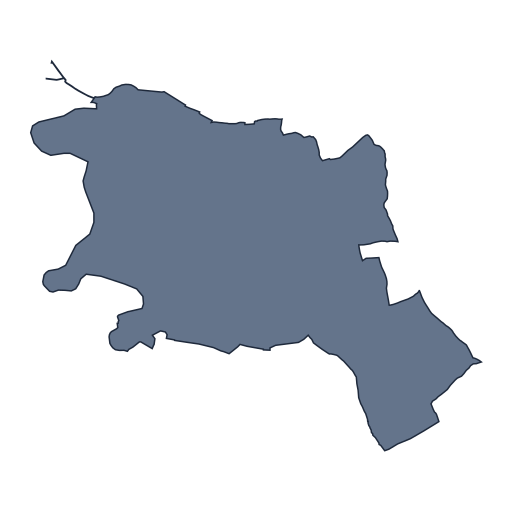 outline of Radesti, Alba, Romania
{"feature_id": "2599482B76876393099506", "entity_name": "Radesti", "entity_type": "district", "adm_level": 2, "iso_a3": "ROU", "parent_name": "Romania", "parent_adm1": "Alba", "projection": "natural_earth1", "projection_center": [23.757, 46.248], "detail": "fine", "context": "isolated", "style": "filled", "palette": "slate", "viewbox_px": 512, "rotation_deg": 0, "n_neighbors": 0, "source": "geoboundaries", "source_scale": "gbopen_adm2", "svg_char_len": 5892}
<svg xmlns="http://www.w3.org/2000/svg" viewBox="0 0 512 512"><path d="M410.3,438.7L423.8,430.9L438.9,421.6L437.4,417.0L436.4,414.2L435.6,413.0L434.5,412.1L433.1,409.1L432.4,407.3L431.0,403.8L431.9,402.3L432.4,401.2L436.0,398.9L438.2,396.6L441.4,394.3L447.3,389.5L450.4,385.2L455.2,380.0L457.3,378.1L461.5,376.2L463.8,373.7L466.3,370.3L468.9,368.1L470.6,365.6L473.4,363.8L476.2,363.7L481.3,362.0L479.3,360.5L476.9,359.2L474.8,358.3L472.9,357.8L470.5,352.7L469.0,349.7L467.9,347.8L466.4,345.0L465.4,344.2L462.3,342.0L461.1,341.0L460.0,340.4L459.2,339.6L458.3,338.8L455.8,336.1L455.2,335.3L454.5,334.3L453.8,333.4L453.4,332.9L452.6,331.4L451.7,330.2L450.7,329.2L449.3,327.9L448.2,327.0L447.3,326.4L446.2,325.8L445.5,325.2L443.5,323.4L443.1,323.0L441.2,321.7L439.5,320.2L437.4,318.3L434.6,316.0L431.6,313.4L429.9,311.1L428.2,308.3L426.2,305.2L424.4,302.3L421.9,297.2L420.9,294.5L419.9,291.8L419.4,290.6L419.2,290.6L418.8,291.4L418.2,292.2L417.3,293.2L416.3,293.7L414.9,294.8L413.9,295.8L413.3,296.3L408.1,299.0L400.5,301.7L397.5,303.0L393.4,304.4L390.0,305.2L389.2,305.2L388.4,300.2L386.9,292.1L386.4,288.2L387.0,284.2L386.9,281.5L386.4,278.6L385.2,274.9L384.3,272.7L381.6,267.1L379.7,261.0L378.9,257.6L371.1,258.1L366.1,258.3L362.5,260.7L360.1,252.9L359.6,250.4L358.9,246.2L358.8,244.9L360.8,244.9L363.8,244.8L370.3,243.8L372.7,242.9L375.5,242.2L377.9,241.7L381.4,241.1L385.0,241.2L387.0,241.7L390.1,241.1L393.4,241.2L395.4,241.3L397.9,241.7L397.1,238.7L395.3,234.8L393.9,231.4L393.1,229.4L392.9,228.4L392.8,225.9L391.7,224.0L390.4,220.7L388.9,217.9L387.6,215.8L387.5,214.0L386.5,211.2L386.0,209.9L385.0,208.6L384.2,207.6L383.8,204.9L384.2,202.9L385.9,200.5L387.2,198.8L387.5,196.1L387.6,193.4L387.5,191.1L386.6,188.8L385.8,186.4L385.4,184.8L385.7,181.4L385.7,179.1L387.0,175.3L387.1,172.6L386.9,170.8L386.2,169.5L385.5,167.7L385.1,165.4L385.0,164.3L385.3,162.6L385.7,160.3L385.6,158.8L385.1,156.7L385.1,155.4L385.1,153.9L384.7,153.2L384.2,150.7L383.3,149.8L382.7,149.0L380.9,147.2L379.5,146.1L378.0,145.6L376.7,145.5L375.4,145.1L374.0,144.3L372.3,140.3L370.9,138.4L368.7,135.6L367.5,134.9L365.8,135.3L362.7,137.5L352.6,147.0L347.9,150.4L344.7,153.5L342.0,156.1L339.9,157.8L338.4,158.2L334.0,159.1L330.3,159.5L329.4,158.7L322.5,160.7L320.5,158.1L319.2,155.0L319.2,152.4L318.7,149.6L317.9,146.9L317.1,144.5L316.5,141.7L315.6,139.5L313.2,136.8L311.7,137.0L309.7,136.0L306.2,137.0L303.9,137.5L300.8,134.8L297.7,133.3L295.4,132.5L293.9,132.7L291.6,133.4L289.2,133.7L287.2,134.1L283.4,135.1L282.5,133.0L281.1,131.0L280.6,129.4L280.7,126.8L281.2,124.9L281.5,122.8L281.7,120.4L282.1,119.1L280.8,119.2L278.7,119.2L276.9,118.9L275.0,118.8L272.9,118.9L269.5,119.2L268.2,119.0L265.1,119.1L261.9,119.5L257.6,120.5L257.3,121.0L255.4,121.1L254.6,121.6L254.4,123.0L254.2,123.9L249.4,124.3L244.9,124.5L244.9,122.7L243.5,122.5L240.6,122.4L239.7,122.5L238.5,122.8L236.8,123.5L235.1,123.7L230.4,123.7L228.9,123.7L227.1,123.3L225.1,123.2L222.2,122.8L219.4,122.6L216.5,122.2L213.7,122.0L211.2,122.5L212.1,120.6L203.9,116.3L200.8,114.6L199.3,113.4L199.2,112.9L199.7,112.0L193.9,109.7L190.2,108.4L187.6,107.3L185.1,106.2L185.5,105.0L183.6,103.9L178.5,100.7L164.1,91.7L161.9,92.1L138.1,89.8L135.9,87.6L133.5,86.1L131.1,84.9L128.7,84.5L125.6,84.4L121.8,85.0L119.5,86.1L116.1,87.2L113.9,88.7L111.9,91.5L110.1,93.3L108.2,94.7L105.4,95.6L103.5,96.3L100.2,96.9L97.3,97.2L95.5,96.9L95.1,96.8L94.3,98.0L91.8,97.2L89.6,96.3L88.7,96.0L87.9,95.6L86.2,94.8L78.1,90.3L76.4,89.2L75.6,88.8L74.6,88.2L73.6,87.4L71.8,86.1L70.7,85.4L69.0,84.3L67.7,83.6L66.2,82.5L65.4,81.7L65.3,81.2L65.6,80.8L65.8,80.0L65.6,79.7L64.0,77.8L63.3,77.0L57.9,69.6L55.2,65.9L52.5,62.2L51.8,61.3L51.4,62.9L52.0,62.9L52.6,63.0L53.5,64.1L58.4,71.0L60.9,74.2L63.4,77.6L63.7,78.1L63.1,78.3L62.0,78.5L59.2,79.2L57.7,79.5L56.5,79.7L54.8,79.5L46.4,78.5L46.4,78.8L54.8,79.8L56.6,80.0L57.7,79.8L59.2,79.5L62.0,78.8L63.1,78.6L64.0,78.3L64.8,79.3L65.5,79.8L65.4,80.2L65.3,80.8L65.0,81.4L65.1,81.8L66.5,83.2L68.5,84.4L71.3,86.2L73.2,87.5L75.2,88.9L78.3,90.8L83.3,93.5L86.4,95.1L88.2,96.1L91.3,97.3L94.1,98.3L91.2,102.4L93.1,102.4L94.4,102.7L96.7,103.7L96.4,104.9L96.5,106.4L96.6,108.8L83.8,108.2L75.1,109.2L63.9,115.9L47.8,119.8L38.8,122.0L32.6,125.9L30.7,132.7L34.1,143.0L41.6,151.1L50.8,155.3L64.0,153.3L70.1,153.3L88.0,161.8L86.1,171.0L84.1,177.2L83.1,181.0L84.2,187.2L85.7,191.9L93.9,213.1L93.9,222.4L89.8,234.1L75.8,245.4L65.7,265.3L58.2,269.1L48.6,270.8L46.2,272.5L44.1,275.0L42.8,281.7L43.4,284.5L44.6,286.1L49.6,291.3L53.0,292.0L58.4,290.1L65.0,290.3L71.3,290.9L75.7,288.8L78.7,284.0L80.8,278.8L86.2,274.2L100.9,276.2L124.6,284.0L136.7,288.9L142.9,296.4L143.5,304.0L142.0,308.5L129.0,311.5L128.2,311.6L118.6,315.1L117.6,316.2L117.5,316.8L118.8,320.6L118.3,321.4L118.1,323.3L117.2,323.4L117.8,327.6L116.5,328.8L112.4,331.1L111.5,331.6L110.3,332.8L109.4,334.8L109.1,336.9L109.9,343.4L111.0,345.4L112.8,347.8L115.4,349.7L119.3,350.4L124.0,350.3L127.4,351.3L128.8,349.4L132.9,347.1L139.4,341.9L140.8,341.9L152.2,348.6L153.5,345.5L154.1,344.4L154.9,338.7L152.4,335.2L160.5,330.9L165.4,332.0L167.1,334.7L166.4,338.4L174.5,339.9L174.6,340.4L188.4,342.5L198.9,344.0L213.6,347.6L220.9,350.9L223.6,351.6L229.1,353.7L237.7,346.8L240.0,344.4L247.1,346.3L263.4,349.2L263.4,349.9L270.0,350.2L270.0,347.9L275.6,345.3L298.5,342.4L303.8,339.3L308.2,335.2L310.1,337.7L311.8,339.4L313.5,342.9L316.8,345.4L322.0,349.2L328.5,353.5L329.4,354.0L330.9,353.9L333.9,354.5L336.7,355.2L337.8,355.9L341.8,359.6L343.7,361.1L347.2,365.0L349.1,367.1L350.9,369.2L352.0,370.1L353.1,371.5L355.3,375.5L356.3,376.9L356.6,380.3L356.9,383.8L358.1,390.2L358.7,397.7L360.8,403.8L362.3,406.5L364.3,411.2L365.7,413.6L367.5,419.2L367.7,421.5L368.2,421.5L368.1,423.2L368.8,425.5L369.8,427.0L370.0,427.9L371.1,429.9L371.5,432.7L372.6,433.5L372.9,435.3L375.4,437.6L378.9,443.0L379.1,444.5L380.7,445.3L384.7,450.7L388.9,449.2L397.7,443.9L410.3,438.7Z" fill="#64748b" stroke="#1e293b" stroke-width="1.5"/></svg>